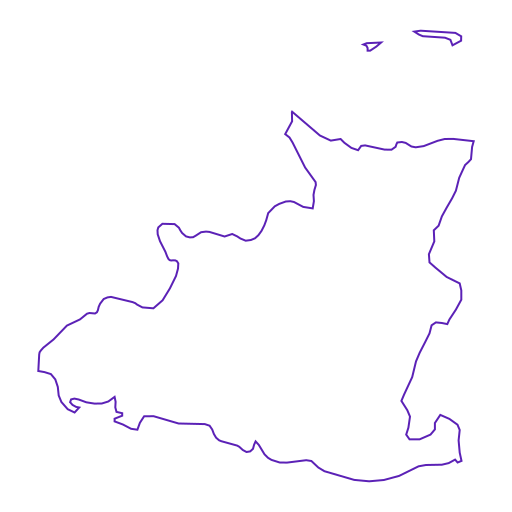 map outline of Sancti Spíritus (Mercator projection)
{"feature_id": "CUB-1322", "entity_name": "Sancti Spíritus", "entity_type": "Province", "adm_level": 1, "iso_a3": "CUB", "parent_name": "Cuba", "parent_adm1": "", "projection": "mercator", "projection_center": [-79.45, 22.111], "detail": "fine", "context": "isolated", "style": "outline", "palette": "violet", "viewbox_px": 512, "rotation_deg": 0, "n_neighbors": 0, "source": "natural_earth", "source_scale": "10m", "svg_char_len": 3018}
<svg xmlns="http://www.w3.org/2000/svg" viewBox="0 0 512 512"><path d="M292.1,111.7L319.9,135.5L330.8,140.6L340.6,139.0L344.4,142.8L351.4,147.9L358.1,150.2L361.2,145.9L365.1,145.4L384.6,149.6L391.5,149.7L395.6,146.8L396.4,144.3L397.3,142.5L401.9,142.0L405.7,142.9L411.4,146.5L415.7,147.3L423.7,146.1L437.6,140.8L444.7,139.0L453.2,138.9L473.7,141.2L472.1,146.9L471.0,159.2L468.3,162.1L465.1,165.0L462.9,169.7L459.2,177.8L455.9,190.7L452.1,198.3L446.7,207.6L441.9,216.3L438.6,225.7L433.8,230.3L434.3,241.4L428.9,254.2L429.5,262.4L435.4,267.6L446.7,277.0L454.8,281.0L459.7,283.4L461.3,290.4L461.3,299.7L455.9,309.6L449.4,319.5L447.3,324.1L441.9,323.0L435.9,322.4L431.6,325.3L429.5,333.4L425.1,342.2L419.7,352.7L416.0,361.4L412.2,377.1L404.1,394.5L401.4,400.9L407.3,410.2L410.0,416.6L408.4,427.7L406.2,434.6L409.5,439.3L419.7,439.3L430.5,434.6L434.9,429.4L434.9,423.0L440.3,414.9L449.4,418.9L457.5,424.7L459.7,430.0L458.6,440.4L459.7,452.6L461.5,460.9L457.6,462.5L455.1,459.6L448.7,463.1L441.9,464.7L425.9,465.0L418.6,466.3L399.1,475.9L383.9,480.0L369.2,481.3L354.2,479.9L324.4,471.2L318.3,467.5L311.4,461.0L306.2,460.2L287.0,462.6L279.7,462.5L271.5,459.9L268.0,457.8L264.5,454.3L258.8,444.9L255.6,441.4L254.1,444.7L253.0,448.8L250.2,451.4L246.5,452.0L242.8,450.0L239.3,446.8L237.2,445.6L221.3,441.2L219.1,440.3L216.1,437.7L213.9,434.0L212.2,429.5L209.6,425.7L204.8,424.1L178.6,423.5L153.6,416.2L144.1,416.3L139.9,422.8L137.4,429.7L131.1,428.8L122.9,424.5L114.6,421.4L114.6,418.7L122.2,415.7L122.2,413.2L116.5,411.9L115.3,407.4L115.6,401.8L114.6,396.9L108.3,401.5L101.8,403.5L94.5,403.6L86.3,402.3L78.7,399.5L74.4,398.6L71.1,399.4L70.1,402.2L72.5,404.9L76.1,406.9L79.2,407.5L74.6,412.5L67.7,409.2L61.4,402.0L58.7,395.5L57.8,386.9L55.3,379.4L50.9,374.1L44.5,372.1L38.3,371.0L39.2,354.4L39.6,352.3L40.9,350.4L43.4,347.6L53.5,339.5L66.9,325.6L80.0,319.4L87.0,313.7L89.5,313.0L95.0,313.5L96.9,312.3L97.9,310.2L98.7,306.8L100.1,303.7L103.7,299.0L107.5,297.4L111.0,296.9L132.6,302.1L135.3,303.2L137.1,304.6L142.4,307.4L153.4,308.3L162.6,300.3L169.9,288.4L176.0,276.0L178.0,268.6L178.3,263.4L176.9,261.2L175.3,260.4L173.1,260.3L171.2,260.5L169.6,260.1L168.4,258.9L167.1,256.3L165.4,251.8L160.0,241.2L157.7,234.3L157.5,230.2L158.3,227.4L162.4,223.8L174.6,224.1L178.9,227.7L180.3,230.3L182.1,233.0L186.0,236.4L189.9,237.4L193.1,237.2L195.7,235.7L201.1,232.2L206.0,231.6L209.4,231.9L224.6,236.5L232.2,234.0L237.2,236.4L240.4,238.5L245.7,240.7L250.9,240.0L255.0,238.3L258.4,235.2L261.5,230.9L264.3,225.4L266.2,220.3L268.2,213.1L274.8,206.3L279.2,203.9L285.8,201.5L290.3,201.2L294.0,202.0L303.2,206.9L312.7,208.4L313.9,201.2L313.5,194.9L314.4,190.0L315.9,185.0L315.6,182.1L305.1,167.5L292.6,142.6L289.5,137.5L285.2,134.1L292.1,121.3L291.9,112.1L292.1,111.7ZM452.5,45.3L450.4,39.8L445.0,37.7L422.8,36.2L419.0,34.6L414.3,31.6L420.6,30.7L455.4,32.9L461.2,36.3L461.1,40.7L452.5,45.3ZM363.4,44.5L366.7,43.2L381.1,42.5L376.3,46.6L370.1,50.7L367.6,50.7L367.6,48.0L366.4,45.7L363.4,44.5Z" fill="none" stroke="#5b21b6" stroke-width="2"/></svg>